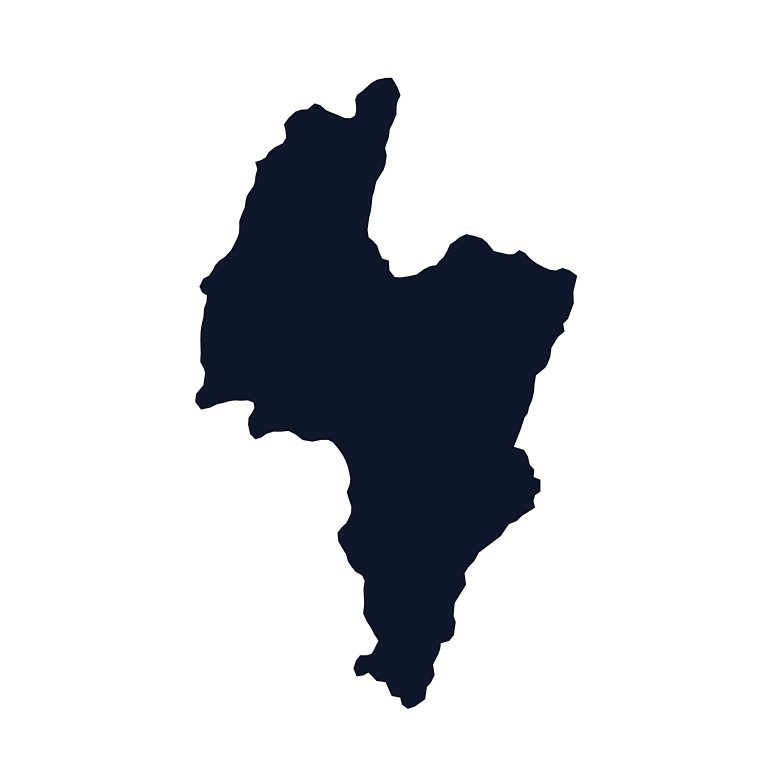 Delfim Moreira, Minas Gerais, Brazil (Mercator projection), rotated 318°
{"feature_id": "56859067B30477670707937", "entity_name": "Delfim Moreira", "entity_type": "district", "adm_level": 2, "iso_a3": "BRA", "parent_name": "Brazil", "parent_adm1": "Minas Gerais", "projection": "mercator", "projection_center": [-45.288, -22.512], "detail": "fine", "context": "isolated", "style": "filled", "palette": "ink", "viewbox_px": 768, "rotation_deg": 318, "n_neighbors": 0, "source": "geoboundaries", "source_scale": "gbopen_adm2", "svg_char_len": 3303}
<svg xmlns="http://www.w3.org/2000/svg" viewBox="0 0 768 768"><g transform="rotate(318 384 384)"><path d="M588.8,180.0L591.5,173.4L593.0,167.5L593.9,162.0L589.5,158.2L582.2,153.9L575.1,152.5L570.0,152.5L564.2,152.6L558.0,151.9L553.5,153.9L549.9,159.1L546.1,163.4L541.8,166.0L536.6,164.8L532.1,160.5L529.1,153.7L525.7,147.0L523.3,141.7L522.6,134.5L519.8,129.8L510.6,129.4L505.5,125.3L500.0,123.0L490.8,123.3L483.8,124.8L480.9,130.4L476.6,136.2L469.8,138.2L461.5,135.8L453.6,135.3L447.5,137.3L441.9,136.0L437.2,133.8L434.3,140.0L427.9,144.2L423.9,147.9L419.4,150.5L413.0,151.7L407.9,153.4L403.8,156.2L399.2,160.2L392.1,163.4L385.7,166.9L382.0,171.1L377.7,175.4L372.8,178.1L367.1,180.3L360.0,183.0L350.7,183.8L343.9,182.9L338.2,183.5L332.7,185.6L326.6,187.2L320.2,185.6L312.6,188.7L310.9,194.2L312.6,199.9L307.5,204.8L301.1,208.1L295.3,213.9L289.0,218.2L283.4,222.8L277.9,228.5L272.8,234.5L268.6,239.4L263.0,244.9L261.4,251.5L259.3,256.4L254.5,260.3L249.4,264.7L243.1,265.6L238.0,266.4L232.5,271.3L231.7,280.2L239.3,284.5L246.8,286.7L253.0,290.2L258.1,292.7L262.7,295.9L267.7,300.8L272.5,304.5L275.5,310.5L272.2,315.8L266.9,317.7L261.1,319.2L256.3,323.8L251.8,331.8L252.1,338.5L257.2,340.9L263.5,341.6L270.3,344.7L276.0,349.9L282.3,354.5L285.2,361.9L286.8,370.9L292.6,378.3L300.4,382.9L305.8,387.8L307.8,393.1L307.5,401.3L306.5,409.3L304.9,415.3L302.4,421.7L299.5,427.0L296.3,432.3L291.8,436.2L284.5,440.0L281.1,447.4L278.3,453.8L273.3,458.7L268.6,460.7L263.0,462.9L256.6,462.9L250.2,464.2L245.5,470.7L244.1,477.0L242.5,485.6L239.3,491.9L238.3,498.1L238.0,504.7L240.5,511.3L238.6,517.8L232.4,522.9L227.4,528.9L222.4,535.0L215.6,541.0L213.1,549.1L211.8,557.1L210.0,563.5L208.8,571.8L203.8,573.5L199.0,575.5L194.3,577.0L189.5,574.9L184.5,570.4L178.1,571.6L171.5,575.5L168.9,582.7L174.1,586.1L180.0,587.3L180.4,592.7L180.5,599.3L186.5,606.5L181.8,620.9L187.1,627.8L183.6,634.5L185.0,640.8L191.4,643.6L203.4,645.0L212.9,637.1L218.7,636.7L226.4,633.5L232.2,624.6L243.3,620.4L248.1,617.8L252.6,613.8L260.8,617.8L267.7,616.6L277.5,608.3L279.6,602.8L289.5,593.4L310.2,587.4L316.8,577.8L324.2,575.8L332.7,575.2L341.5,572.0L368.8,574.4L383.1,570.9L390.8,573.8L398.1,573.5L413.1,576.1L416.5,570.1L421.8,566.9L427.9,567.8L435.3,559.7L431.9,553.1L437.5,548.0L437.7,541.0L441.7,533.9L443.2,526.9L437.4,517.2L447.8,512.1L455.6,508.2L465.6,502.3L470.8,501.2L476.4,497.4L483.0,494.3L489.9,489.5L494.7,484.8L502.4,478.5L514.5,479.0L519.3,477.6L526.0,473.9L532.3,468.4L544.8,464.7L553.0,465.0L557.0,458.4L564.1,458.0L578.7,450.3L585.9,441.7L599.1,432.5L597.3,424.2L593.9,417.9L587.2,415.3L583.2,410.7L580.3,404.7L577.3,396.4L575.8,388.6L575.8,381.4L573.6,375.7L567.1,375.1L562.6,371.5L558.3,365.4L553.8,358.7L554.4,347.6L553.5,341.5L550.1,335.8L545.1,328.4L537.7,326.1L532.4,326.1L526.7,325.2L519.3,328.4L513.3,330.3L507.9,330.4L502.1,331.5L496.6,327.8L489.9,326.1L481.2,325.2L473.7,320.9L467.4,316.7L462.7,312.0L463.4,302.8L469.3,295.4L465.8,289.9L467.6,283.6L470.8,276.4L470.8,270.7L470.0,264.3L474.5,257.8L479.3,253.7L483.7,250.0L489.3,246.2L495.2,241.2L500.5,236.3L505.3,233.6L509.3,230.5L513.5,227.7L520.4,225.7L526.8,223.9L532.1,220.8L538.5,215.3L542.1,208.8L547.0,206.1L552.2,203.3L558.3,197.9L565.8,194.9L573.2,191.3L579.0,185.2L583.0,182.3L588.8,180.0Z" fill="#0f172a" stroke="#020617" stroke-width="1.5"/></g></svg>